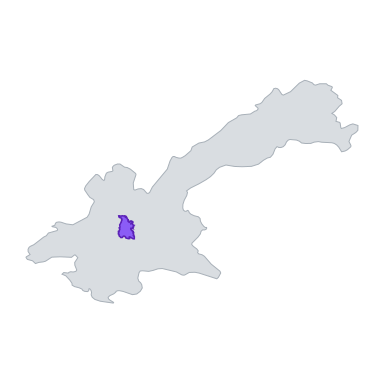 Phonxay, Louangphrabang, Laos shown in context, rotated 269°
{"feature_id": "54806243B12835501655609", "entity_name": "Phonxay", "entity_type": "district", "adm_level": 2, "iso_a3": "LAO", "parent_name": "Laos", "parent_adm1": "Louangphrabang", "projection": "equal_earth", "projection_center": [102.787, 19.886], "detail": "fine", "context": "in_parent", "style": "filled", "palette": "violet", "viewbox_px": 384, "rotation_deg": 269, "n_neighbors": 0, "source": "geoboundaries", "source_scale": "gbopen_adm2", "svg_char_len": 7813}
<svg xmlns="http://www.w3.org/2000/svg" viewBox="0 0 384 384"><g transform="rotate(269 192 192)"><path d="M140.5,29.4L142.1,33.0L149.5,42.9L150.8,45.6L153.5,47.7L155.8,56.5L156.8,57.0L158.0,56.4L159.0,55.2L159.7,51.8L160.2,51.4L161.1,54.2L163.2,55.0L164.1,56.2L164.4,58.4L164.1,60.5L162.3,65.6L161.3,72.3L168.6,86.7L171.6,88.7L178.9,91.0L183.9,94.2L186.1,93.5L188.3,89.9L191.0,87.9L195.8,84.8L197.3,84.6L200.0,85.9L204.4,89.5L211.2,96.2L211.0,98.0L209.7,99.7L206.2,102.4L205.0,104.1L205.7,104.8L208.7,105.2L212.3,106.7L213.3,108.5L214.0,112.5L214.6,113.3L217.9,112.8L218.9,113.4L220.1,114.7L221.3,118.0L221.2,120.5L218.0,125.0L217.6,127.6L215.9,130.8L211.5,136.0L210.3,136.3L202.0,133.4L195.4,133.8L194.9,135.0L196.0,138.1L196.3,141.3L195.3,143.7L191.5,146.9L191.4,148.2L192.2,149.6L197.7,152.5L215.3,167.7L223.4,170.6L226.9,172.6L227.8,173.7L227.8,175.0L226.9,176.7L226.1,179.7L226.1,181.5L226.9,183.2L228.4,185.8L233.3,191.6L237.0,193.0L240.8,199.7L241.9,205.5L243.8,209.3L253.0,221.9L260.8,229.6L265.4,238.0L267.6,239.9L268.3,242.9L269.0,251.8L271.7,256.2L272.2,258.0L273.4,259.3L274.6,259.5L277.3,256.7L277.9,257.1L279.1,261.7L280.3,263.4L284.3,266.3L288.7,271.9L291.0,274.0L293.9,275.6L294.3,277.4L293.8,279.2L292.9,280.4L287.9,283.6L287.3,285.0L290.6,292.3L299.0,301.2L301.7,306.5L301.1,309.1L298.9,314.3L297.2,315.7L296.7,317.4L298.0,321.6L297.9,328.2L296.4,329.8L294.9,333.8L293.9,334.1L291.3,332.6L286.0,339.5L283.7,339.2L281.0,343.1L277.6,343.6L275.2,340.7L270.0,336.1L268.2,333.2L266.6,335.7L263.9,338.0L260.1,337.2L259.1,340.7L258.4,341.3L253.8,341.9L252.9,342.4L253.7,345.6L256.4,351.0L257.3,354.0L255.6,359.1L250.8,358.9L248.7,356.9L246.0,352.6L239.8,349.8L235.8,351.7L234.5,351.6L231.5,348.1L230.3,345.7L229.6,342.3L234.3,339.5L236.6,337.4L238.1,335.1L238.8,332.7L239.5,322.7L240.2,319.2L239.7,314.9L238.5,311.6L238.5,306.5L239.1,302.4L240.9,300.3L242.1,297.4L242.8,290.8L242.2,289.1L240.5,287.4L237.5,285.9L235.7,284.0L234.9,281.6L235.0,279.6L235.9,277.8L233.6,275.8L228.3,273.6L225.4,271.0L224.7,268.0L222.5,264.0L218.7,259.0L216.6,251.9L216.4,242.6L216.8,235.1L218.4,226.4L216.2,220.0L213.8,216.7L210.4,214.3L207.1,210.8L204.0,206.2L200.3,199.5L196.0,190.6L193.2,186.6L191.7,187.5L188.6,186.7L183.9,184.1L179.8,182.7L176.2,182.5L174.0,183.1L172.9,184.5L172.8,185.8L173.7,187.1L173.2,188.2L171.4,188.9L169.9,190.4L168.3,193.6L167.1,197.9L165.4,199.6L162.7,199.9L160.0,201.2L157.4,203.2L156.2,204.8L156.3,205.9L155.7,206.1L154.5,205.5L153.9,204.1L153.9,201.9L152.6,200.4L149.9,199.6L146.8,197.2L140.9,191.1L139.5,190.8L137.6,192.4L135.0,195.8L133.0,197.2L131.3,196.5L130.0,197.7L129.1,200.9L127.5,203.3L119.5,210.0L112.3,218.6L110.5,219.3L106.2,216.9L104.8,215.3L110.8,197.7L111.7,193.5L111.6,187.8L109.1,183.2L109.0,181.8L109.3,180.4L112.4,174.9L116.0,161.0L115.8,156.6L114.3,151.8L113.4,147.3L114.1,141.2L113.9,138.8L112.2,137.6L106.8,136.3L103.7,137.3L102.2,139.0L100.3,140.1L96.9,140.6L93.7,138.6L91.0,135.0L90.4,130.7L93.8,121.4L94.6,117.8L94.6,116.1L94.0,114.3L93.2,114.1L91.5,111.9L89.8,108.0L88.2,106.3L86.7,106.6L85.3,108.1L83.0,111.7L82.3,111.3L84.4,98.4L86.3,93.0L88.5,90.4L90.9,89.4L93.4,89.8L95.4,89.3L97.1,88.0L96.9,87.2L95.0,87.0L94.2,85.6L94.6,82.8L95.5,81.1L96.9,80.2L98.2,77.5L99.5,72.8L101.0,70.5L102.8,70.4L105.9,68.4L110.4,64.4L112.1,60.6L113.7,62.4L113.1,66.8L113.9,67.7L114.4,69.3L114.1,71.8L114.5,73.9L115.1,74.9L116.1,75.4L120.8,73.6L123.6,73.5L128.3,76.7L131.0,74.3L131.1,73.4L128.8,70.4L129.5,59.2L129.3,50.7L125.4,44.4L124.7,41.8L124.3,37.7L123.2,34.2L126.0,31.4L127.5,26.2L129.4,24.9L130.0,25.1L132.3,29.0L135.3,27.1L137.6,27.1L139.5,28.1L140.5,29.4Z" fill="#d9dde1" stroke="#a8b0b8" stroke-width="1"/><path d="M169.4,118.4L169.1,118.5L168.6,118.4L168.5,118.6L168.3,118.7L168.1,118.7L167.6,119.5L167.4,119.7L167.4,120.0L167.4,120.3L167.2,120.8L166.9,121.0L166.6,121.1L166.4,121.2L166.1,121.5L165.8,121.4L165.7,121.2L165.3,121.4L165.2,121.2L164.9,121.2L164.7,121.2L164.4,121.1L164.2,120.9L163.3,120.8L163.3,120.6L163.0,120.4L162.9,120.4L162.7,120.5L162.0,120.0L161.7,119.9L161.1,119.6L160.4,119.1L159.7,119.2L159.3,119.2L158.8,119.3L158.4,119.4L157.7,119.2L157.6,118.9L157.5,119.0L157.4,119.0L157.2,118.9L157.2,118.7L156.8,118.7L156.7,118.8L156.6,119.0L156.3,119.2L155.8,119.0L155.7,119.1L155.4,119.0L155.3,118.8L155.1,118.7L154.7,118.6L154.5,118.4L154.5,118.5L154.1,118.5L154.1,118.4L154.1,118.2L154.0,117.8L153.6,117.8L153.4,117.8L153.2,117.9L153.1,118.0L152.9,118.1L152.5,117.7L152.0,117.8L151.9,117.7L151.6,117.6L151.4,117.6L151.3,117.9L151.1,118.2L151.0,118.3L150.9,118.3L150.6,118.2L150.4,118.4L150.0,118.4L149.9,118.3L149.4,118.4L149.0,118.7L149.0,118.8L148.8,119.1L148.3,119.6L147.9,119.8L147.8,120.1L147.6,120.3L147.8,120.6L147.8,120.9L147.8,121.1L147.8,121.4L147.8,121.7L148.1,121.9L148.3,122.0L148.7,122.3L148.8,122.3L149.0,122.7L149.1,123.1L149.0,123.4L149.0,123.7L148.9,124.0L148.7,124.1L148.6,124.3L148.3,124.5L148.2,124.6L147.9,124.7L147.9,124.8L147.7,124.8L147.4,125.1L147.2,125.1L147.0,125.3L147.0,125.8L146.8,126.3L146.7,126.5L146.4,127.7L146.5,128.7L147.0,128.6L147.5,128.4L147.9,128.4L148.2,128.5L148.2,128.9L148.1,129.2L148.0,129.4L147.9,129.8L147.6,130.1L147.2,130.3L147.2,130.6L147.1,131.0L146.5,131.7L146.4,131.9L146.2,132.6L146.2,133.0L146.2,133.4L146.2,133.5L146.4,133.5L146.5,133.4L146.7,133.5L146.8,133.5L147.0,133.5L147.0,133.4L147.6,133.6L147.9,133.5L148.1,133.6L148.3,133.6L148.5,133.4L148.9,133.4L148.9,133.2L149.1,132.9L149.3,132.7L149.5,132.6L149.6,132.8L149.9,132.9L150.1,133.0L150.2,132.9L150.4,132.9L150.5,132.8L150.9,132.7L151.1,132.7L151.4,132.4L151.5,132.4L151.5,132.5L151.8,132.7L152.0,132.6L152.0,132.9L152.1,133.0L152.3,132.9L152.5,132.9L152.6,132.6L152.9,132.5L153.0,132.4L153.2,132.6L153.3,132.6L153.3,132.4L153.7,132.4L153.8,132.3L154.0,132.2L153.9,131.8L154.0,131.6L154.5,131.6L154.7,131.3L154.7,131.0L154.8,130.9L155.0,130.8L155.1,130.6L155.3,130.5L155.4,130.4L155.6,130.3L155.7,130.2L155.9,130.2L156.2,130.3L156.4,130.1L156.5,130.1L156.8,130.2L156.9,130.3L156.8,130.6L156.8,130.8L156.7,131.0L156.5,131.3L156.5,131.6L156.6,131.9L156.5,132.2L156.8,132.0L157.1,131.9L157.2,132.1L157.4,132.1L157.6,132.1L157.6,132.3L157.5,132.6L157.9,132.7L158.1,132.5L158.3,132.6L158.2,132.7L158.3,132.9L158.5,132.9L158.5,133.0L158.8,132.9L159.0,132.9L159.1,133.1L159.3,133.1L159.6,133.4L159.7,133.5L159.8,133.2L159.9,132.8L160.0,132.7L160.1,132.4L160.3,132.3L160.4,132.2L160.5,132.2L160.8,132.3L161.0,132.3L161.1,132.2L161.2,131.9L161.3,131.8L161.3,131.7L161.2,131.6L161.2,131.4L161.3,131.3L161.3,131.1L161.4,130.9L161.4,130.6L161.3,130.3L161.5,130.3L161.7,130.7L161.9,130.9L162.0,130.9L162.0,131.1L162.2,131.5L162.3,131.7L162.4,131.8L162.5,132.0L162.7,132.3L162.8,132.4L163.0,132.2L163.3,132.3L163.5,132.1L163.5,131.8L163.6,131.6L163.6,131.4L163.7,131.1L163.9,131.1L164.0,131.1L164.1,130.9L164.1,130.2L163.9,130.1L163.7,129.8L163.5,129.6L163.2,129.2L162.9,129.1L162.7,128.8L162.8,128.6L163.0,128.4L163.4,128.4L163.5,128.2L163.7,127.8L163.7,127.6L163.9,127.5L164.0,127.5L164.3,127.7L164.4,127.8L164.5,127.9L164.6,128.0L164.7,127.8L164.8,127.9L165.0,127.7L165.1,127.8L165.4,127.7L165.5,127.7L165.6,127.4L165.8,127.3L165.9,127.2L166.3,126.8L166.5,126.8L166.6,126.7L166.8,126.6L167.0,126.5L167.1,126.4L167.3,126.4L167.5,126.4L167.7,126.2L167.8,126.3L167.9,126.2L167.8,125.9L167.8,125.7L167.7,125.7L167.7,125.4L167.7,125.2L167.9,125.1L168.0,125.0L168.0,124.9L168.2,124.7L168.3,124.7L168.5,124.9L168.7,125.1L168.8,125.3L168.9,125.5L169.0,125.4L169.1,125.2L169.1,124.7L169.3,124.5L169.4,124.2L169.3,123.9L169.2,123.6L169.2,123.1L169.3,122.9L169.4,122.6L169.4,122.3L169.4,122.2L169.5,121.7L169.3,121.5L169.3,121.4L169.2,121.2L169.2,120.7L169.3,120.6L169.3,120.4L169.3,120.2L169.2,119.9L169.1,119.7L169.2,119.4L169.3,119.2L169.5,119.0L169.5,118.8L169.5,118.7L169.4,118.7L169.4,118.4Z" fill="#8b5cf6" stroke="#5b21b6" stroke-width="1.5"/></g></svg>